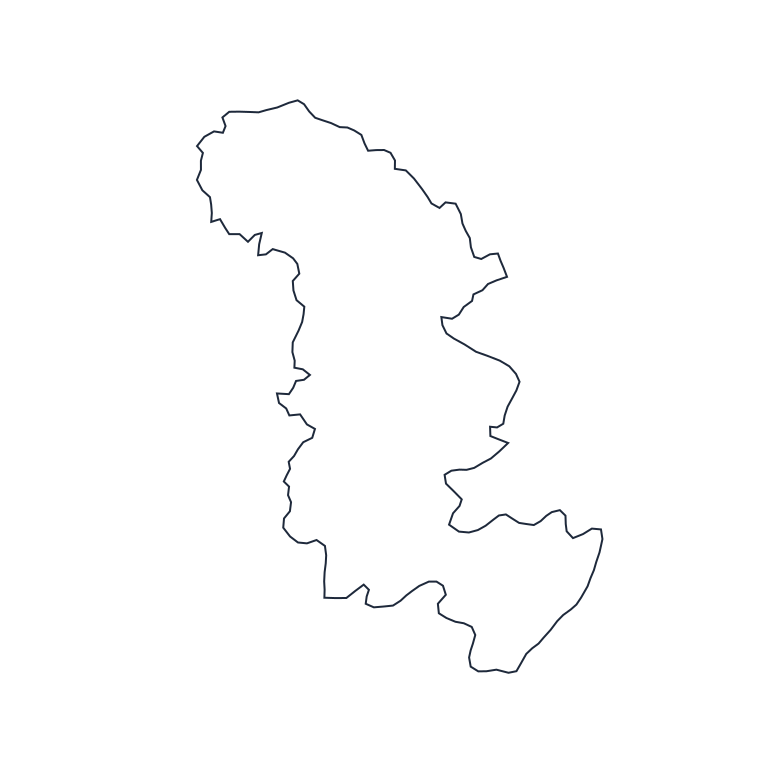 the district of Cana Verde, Minas Gerais, Brazil, rotated 295°
{"feature_id": "56859067B5820383459318", "entity_name": "Cana Verde", "entity_type": "district", "adm_level": 2, "iso_a3": "BRA", "parent_name": "Brazil", "parent_adm1": "Minas Gerais", "projection": "albers", "projection_center": [-45.191, -21.031], "detail": "fine", "context": "isolated", "style": "outline", "palette": "slate", "viewbox_px": 768, "rotation_deg": 295, "n_neighbors": 0, "source": "geoboundaries", "source_scale": "gbopen_adm2", "svg_char_len": 3058}
<svg xmlns="http://www.w3.org/2000/svg" viewBox="0 0 768 768"><g transform="rotate(295 384 384)"><path d="M165.1,420.3L169.0,429.4L174.1,440.3L184.1,445.3L193.6,450.4L191.1,457.3L184.1,458.1L177.1,460.3L177.3,469.2L182.4,478.1L187.0,485.8L194.6,490.6L201.9,493.6L208.0,496.8L215.9,501.3L223.9,508.2L227.1,515.1L226.1,522.7L219.1,529.1L207.6,525.7L199.4,530.6L198.3,539.5L198.7,549.2L200.9,557.5L200.9,566.2L195.1,572.8L186.1,574.3L179.2,575.1L172.1,576.7L164.5,582.0L163.4,590.9L167.0,598.3L172.6,606.6L174.9,618.9L179.7,625.4L187.8,626.1L199.5,627.0L207.1,630.0L214.1,633.8L221.4,635.8L231.5,638.9L242.3,641.2L250.3,644.0L258.6,648.6L265.4,651.6L273.7,652.9L286.7,654.0L295.3,653.2L304.0,652.9L312.3,651.6L322.4,650.5L329.2,649.0L335.8,647.5L343.9,642.1L340.8,633.5L332.1,627.8L324.2,620.4L327.7,611.8L333.9,607.9L341.4,604.1L344.0,596.7L338.8,590.2L333.1,586.8L325.9,583.9L319.5,579.4L317.2,572.0L315.2,565.1L316.2,557.4L317.3,549.6L313.4,543.7L307.2,540.4L298.5,536.0L291.3,530.8L285.3,523.7L281.9,514.3L284.0,502.4L296.0,501.2L305.4,504.0L312.3,503.2L316.2,492.8L319.9,482.3L327.3,477.3L333.9,481.7L338.3,488.6L341.1,495.1L346.1,501.2L354.2,506.7L361.7,512.4L371.7,517.0L383.0,521.4L382.3,510.9L381.8,502.4L390.1,498.2L392.4,504.8L398.4,508.9L406.4,506.7L415.7,505.6L425.1,506.2L434.1,506.7L443.3,505.9L448.9,499.4L453.0,490.1L454.1,479.0L453.2,465.4L452.1,453.8L453.9,440.2L454.7,428.2L456.2,419.3L462.0,412.1L468.9,407.7L471.9,418.1L478.5,422.5L487.5,423.7L496.5,428.7L503.0,427.2L510.6,433.6L518.6,436.0L525.5,442.2L533.1,450.2L539.8,443.3L544.9,437.6L550.4,432.1L546.3,425.2L538.4,419.3L537.3,412.1L544.6,405.0L552.5,400.1L557.3,393.4L562.6,387.3L570.5,381.8L577.7,372.7L574.6,363.0L567.0,359.9L567.7,350.7L571.9,344.5L576.7,336.2L582.9,324.3L586.8,313.5L583.6,302.9L591.2,299.5L596.3,292.2L596.1,285.2L592.6,277.9L588.7,271.0L593.8,264.7L600.2,258.2L601.2,249.8L601.0,242.4L598.1,235.3L598.1,225.7L597.0,216.5L596.2,209.1L599.4,201.0L603.8,193.3L604.6,185.9L598.7,179.0L589.5,170.4L582.6,161.7L577.2,155.5L573.9,147.6L569.6,137.6L565.3,128.7L557.3,124.9L550.8,131.4L543.6,131.8L541.1,123.2L532.1,116.7L520.6,114.0L516.9,122.2L509.0,123.7L500.7,127.6L489.9,128.2L482.8,137.5L479.8,147.3L473.6,151.5L466.2,155.7L457.9,158.9L464.1,165.7L458.4,174.0L454.4,180.4L458.8,189.8L455.4,200.6L464.5,203.9L469.2,209.4L457.9,211.8L447.5,215.5L451.6,222.2L459.2,226.1L461.2,238.7L459.5,248.5L456.2,254.7L448.2,260.6L438.8,257.8L430.5,262.4L423.0,269.3L420.4,279.1L413.3,281.6L405.6,283.6L396.3,284.0L383.2,283.7L374.2,287.5L367.4,293.2L360.9,295.9L363.0,304.2L360.9,313.0L354.0,309.7L349.6,303.0L342.2,303.3L334.6,302.1L330.2,291.0L322.4,296.9L320.5,305.7L315.5,311.5L321.0,320.8L314.8,331.2L314.1,340.4L304.9,341.7L297.1,335.4L288.5,333.6L280.7,332.9L273.2,330.5L267.4,334.7L260.2,334.4L253.3,334.4L250.9,341.3L242.7,344.0L237.6,349.7L228.9,352.5L219.9,350.2L211.2,353.4L206.1,363.3L204.0,373.0L207.0,381.5L214.1,388.8L212.3,398.9L204.3,404.0L196.8,407.0L188.4,409.7L179.8,413.2L172.5,417.1L165.1,420.3Z" fill="none" stroke="#1e293b" stroke-width="2"/></g></svg>